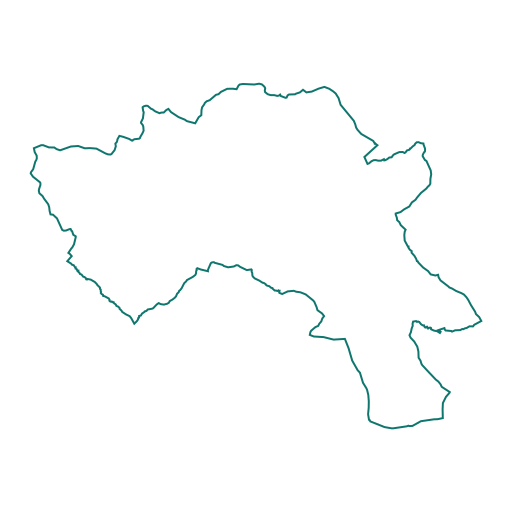 Iacobeni, Sibiu, Romania (Mercator projection)
{"feature_id": "2599482B5039052337830", "entity_name": "Iacobeni", "entity_type": "district", "adm_level": 2, "iso_a3": "ROU", "parent_name": "Romania", "parent_adm1": "Sibiu", "projection": "mercator", "projection_center": [24.761, 46.032], "detail": "fine", "context": "isolated", "style": "outline", "palette": "teal", "viewbox_px": 512, "rotation_deg": 0, "n_neighbors": 0, "source": "geoboundaries", "source_scale": "gbopen_adm2", "svg_char_len": 6010}
<svg xmlns="http://www.w3.org/2000/svg" viewBox="0 0 512 512"><path d="M370.3,421.4L384.6,427.1L391.5,428.3L393.4,428.3L406.9,426.3L408.4,425.7L409.3,426.1L412.5,425.9L420.9,421.2L434.1,419.3L437.6,419.2L442.8,418.1L442.6,409.4L442.9,403.0L446.0,396.8L449.5,392.8L449.8,392.1L441.7,386.8L440.6,384.4L438.4,381.6L435.8,379.6L427.1,370.4L422.2,365.1L421.4,363.7L420.5,360.7L418.6,357.7L418.4,351.5L417.3,346.7L414.2,341.5L410.6,337.7L409.5,335.2L410.9,332.2L411.7,328.4L412.7,325.9L412.6,323.6L413.1,321.6L416.1,321.1L417.0,321.9L418.0,321.5L419.3,322.0L421.0,324.2L422.6,325.3L424.1,325.4L424.3,326.5L425.2,327.5L425.9,327.6L426.3,326.9L427.1,326.7L428.1,328.5L429.4,327.7L430.6,327.7L431.0,328.0L431.1,329.3L434.0,330.6L437.1,331.2L439.9,333.0L440.6,331.8L438.4,330.1L444.4,328.1L444.8,329.6L445.6,330.5L451.3,331.0L452.0,331.6L455.2,330.3L460.2,330.1L462.3,329.0L463.3,329.2L465.0,328.3L466.6,328.0L469.5,326.3L473.0,326.4L474.2,324.8L481.3,321.0L479.2,317.1L476.0,314.1L475.1,311.7L470.9,305.0L468.3,300.0L466.4,297.2L463.9,294.5L461.3,293.1L456.2,291.0L451.8,288.4L449.2,287.4L448.8,286.8L440.5,280.4L438.6,277.3L438.1,274.8L435.4,275.5L430.7,274.4L428.1,271.1L423.1,267.5L418.3,262.5L417.7,261.3L416.9,261.1L416.2,258.9L414.4,255.8L411.6,252.7L411.7,251.1L409.8,249.7L408.6,247.9L408.5,246.6L408.0,246.7L404.7,240.6L404.3,235.1L404.7,231.8L405.6,229.7L400.8,225.2L399.3,222.1L397.2,220.2L396.8,217.6L395.7,214.6L395.7,213.5L400.5,212.1L404.2,209.3L409.3,206.5L411.9,202.4L415.5,199.8L417.0,197.6L421.0,192.9L426.3,188.6L427.8,186.7L429.3,185.4L430.3,183.8L430.4,178.9L431.2,174.3L430.7,170.4L426.4,160.9L424.9,160.0L422.7,156.2L422.7,155.1L423.1,154.1L424.2,152.1L424.9,151.6L425.1,150.0L425.0,148.5L423.6,144.7L423.4,143.5L420.8,143.2L418.6,142.2L416.7,142.3L415.2,143.7L414.6,145.0L412.7,146.4L410.7,148.4L409.9,148.6L409.9,149.2L409.3,149.8L407.0,150.4L405.5,152.4L404.6,153.0L402.7,152.0L399.3,152.1L394.2,154.3L393.0,155.3L391.6,157.3L389.3,157.5L387.2,159.2L385.0,160.3L384.2,160.4L383.9,159.2L380.9,160.7L378.2,160.7L375.9,160.1L373.6,160.2L371.4,161.3L369.1,163.3L367.5,163.9L364.4,157.0L377.4,145.2L375.3,143.6L374.8,143.7L374.7,142.8L374.1,142.5L373.4,141.1L372.7,140.6L361.3,134.0L357.5,129.8L356.1,127.5L355.3,124.4L353.8,120.8L340.6,104.8L338.6,98.2L335.7,93.5L333.2,91.4L329.3,88.8L324.4,86.9L318.7,88.6L311.7,91.6L306.9,92.3L306.4,92.4L303.0,89.8L299.9,92.4L295.9,93.7L295.1,94.3L289.0,94.5L287.6,95.4L286.6,97.6L285.5,97.8L280.8,96.0L280.1,94.6L278.9,95.6L277.3,95.9L274.1,95.1L270.6,95.1L267.7,94.2L265.1,92.1L264.8,90.6L265.2,88.2L264.4,86.7L261.9,84.4L259.1,83.7L254.4,84.5L242.9,84.0L239.7,84.5L238.5,85.6L236.6,89.2L232.8,88.7L227.2,88.8L220.9,91.9L218.5,94.2L216.0,94.8L209.7,100.2L206.6,101.3L204.8,103.0L204.2,104.4L202.1,107.3L201.5,110.1L201.3,115.2L198.7,117.2L195.2,123.3L186.8,121.1L184.9,119.7L178.6,117.1L171.0,112.1L168.4,108.9L166.3,110.0L163.8,112.5L161.2,112.6L159.5,113.2L155.1,111.3L152.5,109.3L151.1,108.8L147.7,105.9L146.0,105.7L143.9,106.3L142.7,107.1L142.6,107.5L143.2,111.0L143.7,112.2L142.9,118.4L141.0,122.3L141.1,123.0L142.7,125.0L143.3,126.6L143.6,130.7L142.5,133.2L140.3,136.9L140.1,137.9L139.1,138.7L134.6,139.2L133.2,139.8L132.6,140.6L131.9,140.6L129.3,139.0L123.1,136.8L119.4,135.9L117.4,139.4L117.3,140.6L116.8,142.0L115.4,143.6L115.8,146.3L114.6,150.1L111.7,153.8L110.7,154.5L108.1,154.4L105.4,153.4L96.4,148.6L89.9,148.1L84.8,148.3L78.2,146.0L70.9,146.5L60.1,150.3L56.6,149.1L54.3,147.5L48.9,147.4L43.2,145.2L41.2,145.2L33.9,148.2L34.7,152.1L36.7,155.7L36.8,158.2L36.4,159.8L35.3,161.6L33.2,169.2L31.0,172.2L30.7,173.4L33.0,176.7L40.1,182.4L40.4,183.1L40.4,185.1L39.1,188.9L38.8,190.8L39.4,193.3L42.5,196.0L44.1,198.7L48.2,204.2L49.2,207.2L49.6,210.9L50.5,214.4L53.0,214.7L57.0,218.4L62.2,229.9L63.8,230.7L66.1,230.5L69.3,229.2L70.6,229.0L71.5,230.9L72.1,231.2L73.3,234.8L75.7,236.3L75.8,236.9L74.0,244.3L72.3,247.4L71.3,248.5L68.4,252.9L69.8,253.9L71.7,256.1L67.3,261.2L71.1,263.6L72.1,264.8L73.7,265.2L75.1,267.4L75.7,267.4L75.6,268.6L76.7,269.1L77.3,270.7L78.4,270.6L78.5,271.3L78.2,271.7L79.8,273.3L79.9,273.9L81.6,274.6L83.2,276.7L84.5,277.0L86.2,278.5L86.2,279.3L86.9,279.5L87.2,278.9L90.7,279.6L94.8,282.0L97.0,284.3L97.2,284.9L99.9,287.5L100.0,288.9L100.7,289.5L100.7,291.2L101.1,291.9L100.8,293.0L101.7,294.1L102.9,294.7L103.2,296.0L104.5,296.2L108.8,298.5L109.6,299.9L109.4,300.7L110.1,301.4L111.3,301.8L111.8,301.5L113.0,302.4L113.6,302.2L114.0,303.2L115.8,304.5L116.4,305.9L118.3,306.7L119.6,308.1L119.6,308.9L121.4,310.5L122.2,311.9L126.0,314.4L129.7,316.2L131.2,318.1L134.3,323.7L136.9,321.1L138.1,319.3L138.2,318.1L139.1,317.6L139.1,316.0L140.9,315.5L142.0,313.6L144.5,311.9L144.7,311.4L146.5,310.9L147.7,309.5L152.1,308.7L153.2,308.2L156.7,304.5L158.7,303.1L160.6,304.1L163.9,304.6L167.3,303.7L168.9,302.7L169.7,301.1L172.4,299.6L174.6,297.9L176.0,296.4L177.1,293.7L178.7,292.2L179.2,290.8L180.2,290.1L181.7,288.1L184.2,283.2L186.2,281.3L186.9,280.1L192.8,276.9L195.4,274.9L196.0,273.4L196.2,271.0L196.7,270.2L196.5,269.1L197.3,268.2L200.8,269.5L207.9,271.2L207.8,270.5L208.3,269.0L210.8,263.2L212.0,262.4L213.9,262.2L214.7,262.8L222.5,264.9L223.8,266.0L228.1,267.3L233.8,266.5L236.3,265.2L238.2,265.4L240.0,266.8L246.8,270.1L251.3,269.4L251.8,270.0L251.6,271.7L252.3,273.1L252.3,275.1L252.8,276.5L254.7,278.4L259.3,280.6L262.5,282.7L263.7,282.9L265.7,284.2L266.2,285.1L267.0,285.6L269.3,286.2L271.0,287.7L272.4,288.1L272.4,288.5L274.7,290.5L276.0,290.5L277.3,291.0L278.5,290.4L278.8,291.0L279.5,290.9L279.2,292.5L279.4,292.9L282.2,294.0L287.7,291.4L293.8,290.8L296.1,291.7L300.4,292.3L305.7,294.4L313.1,300.4L314.3,301.8L316.5,306.9L317.5,310.2L322.0,313.4L324.1,316.1L322.3,318.5L321.3,321.4L319.3,323.7L318.2,325.9L315.4,327.1L311.2,330.7L310.4,332.1L309.8,334.9L313.8,336.5L323.6,337.1L333.6,339.6L344.9,338.9L348.6,348.3L352.2,360.6L357.7,370.3L359.9,372.6L363.0,382.8L366.4,388.3L367.1,389.9L368.3,395.0L368.8,401.3L368.7,407.6L368.1,414.3L369.0,419.8L369.6,420.0L370.3,421.4Z" fill="none" stroke="#0f766e" stroke-width="2"/></svg>